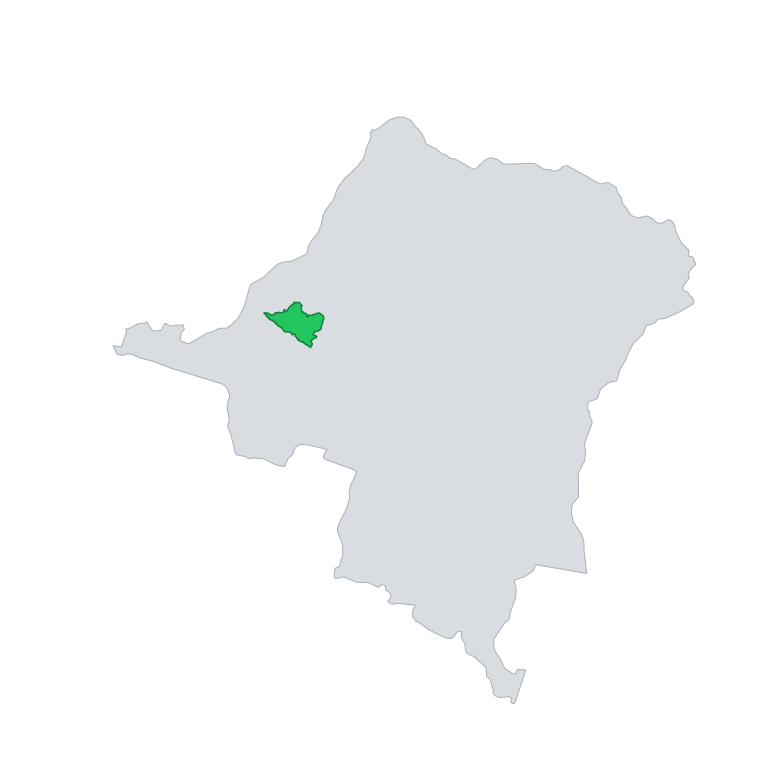 Kutu, Bandundu, Democratic Republic of the Congo (highlighted), rotated 18°
{"feature_id": "63176286B54443714119434", "entity_name": "Kutu", "entity_type": "district", "adm_level": 2, "iso_a3": "COD", "parent_name": "Democratic Republic of the Congo", "parent_adm1": "Bandundu", "projection": "albers", "projection_center": [18.108, -2.975], "detail": "fine", "context": "in_parent", "style": "filled", "palette": "green", "viewbox_px": 768, "rotation_deg": 18, "n_neighbors": 0, "source": "geoboundaries", "source_scale": "gbopen_adm2", "svg_char_len": 9136}
<svg xmlns="http://www.w3.org/2000/svg" viewBox="0 0 768 768"><g transform="rotate(18 384 384)"><path d="M635.3,501.5L583.2,509.1L584.2,512.1L583.7,515.2L582.3,517.6L577.0,524.0L569.0,529.8L569.0,531.2L572.9,537.8L575.3,546.9L574.5,562.7L575.6,567.0L575.3,570.3L572.6,574.0L567.2,593.0L570.7,602.2L580.9,610.9L586.8,617.4L596.9,619.8L598.5,619.4L599.2,614.1L607.3,612.2L607.0,646.0L606.3,647.9L604.9,648.3L602.9,647.2L602.3,643.9L600.2,642.5L590.3,646.6L587.8,646.5L585.1,645.7L583.1,644.0L582.6,641.4L575.7,631.5L572.3,630.8L568.5,621.9L553.0,615.3L547.1,614.7L544.0,612.7L541.0,605.7L535.8,601.1L534.7,596.1L533.7,595.4L530.5,596.4L527.7,604.3L524.2,606.1L517.8,606.2L501.9,603.8L490.5,599.7L487.6,599.9L483.0,596.3L481.2,590.2L482.3,585.5L481.4,584.8L464.0,588.6L459.8,591.0L455.9,590.3L454.7,589.1L456.4,585.8L455.6,582.3L454.3,580.7L449.2,579.4L447.6,575.6L444.4,575.0L443.4,575.6L442.6,578.1L440.7,579.0L430.4,577.7L419.5,581.0L405.1,580.0L398.2,584.0L397.1,583.8L395.7,581.8L394.4,575.4L395.1,573.6L397.2,572.4L398.0,569.8L397.3,563.1L397.9,561.5L397.1,557.7L395.0,551.5L392.0,546.5L385.5,539.0L384.3,535.5L384.8,527.0L386.9,513.7L386.7,503.8L384.1,497.3L383.5,490.4L385.3,477.9L383.6,474.9L350.6,473.8L349.2,472.8L348.6,471.1L350.1,463.7L330.0,465.5L324.0,466.9L320.3,469.9L319.0,473.8L318.9,479.2L315.9,484.3L315.0,493.1L309.4,494.1L303.9,494.1L293.2,492.2L282.7,494.7L277.6,497.0L274.9,495.9L265.6,496.8L264.3,496.1L253.6,478.9L248.8,473.1L247.9,470.3L248.3,467.6L247.0,464.0L242.0,455.1L241.1,451.0L241.3,444.5L240.7,442.3L236.2,436.7L233.2,434.9L230.0,433.9L176.0,434.8L158.2,433.8L145.2,434.6L138.6,434.2L136.8,433.4L130.8,434.6L127.7,436.9L123.1,438.2L120.2,437.7L114.6,431.3L122.2,430.1L122.7,429.5L123.2,414.0L121.2,411.9L125.2,409.2L131.8,402.4L138.2,399.9L139.0,398.5L140.4,398.6L142.7,401.4L148.2,405.1L155.1,401.8L155.8,400.9L156.7,394.3L158.4,393.7L161.4,395.1L163.0,395.1L166.0,393.2L174.8,389.8L177.3,394.1L175.0,397.9L176.0,400.6L176.3,404.9L177.7,405.8L184.7,406.3L186.7,405.2L200.4,390.0L203.9,388.2L209.7,382.2L217.4,379.4L220.7,374.7L225.1,366.1L227.1,353.9L226.3,332.7L227.0,329.8L236.1,320.2L245.7,302.9L252.1,298.3L257.0,296.5L264.4,290.1L270.3,283.8L269.5,276.1L270.9,269.8L274.2,261.7L275.2,253.1L274.1,244.1L274.6,236.8L279.0,225.0L279.4,211.6L283.3,200.3L291.2,185.9L295.0,175.3L294.3,164.8L295.3,157.0L294.9,152.5L293.4,148.5L294.2,146.0L297.2,145.0L300.9,141.1L307.7,130.8L314.9,125.8L320.0,124.2L325.2,124.4L328.6,125.3L334.2,129.3L340.6,132.6L345.3,136.6L350.0,142.9L361.2,144.3L366.1,146.6L369.0,147.4L370.1,146.8L372.4,147.2L377.7,149.0L382.0,148.0L402.8,152.2L405.2,150.2L411.1,139.4L415.5,135.8L422.6,135.4L428.2,137.5L431.2,137.5L456.8,128.4L460.2,128.0L469.5,130.3L475.6,128.8L478.0,129.3L483.3,127.7L487.6,121.3L491.1,119.7L527.9,127.0L533.6,123.6L536.3,123.2L544.5,125.8L546.9,129.8L551.8,133.2L555.3,138.9L560.7,142.1L563.5,145.1L566.7,147.2L573.4,148.0L581.9,143.0L587.9,143.6L593.9,146.4L596.0,146.4L600.6,143.4L603.0,140.3L605.4,139.6L608.9,141.0L611.8,144.0L614.3,148.4L623.4,158.1L632.3,162.3L634.4,168.3L637.7,167.8L639.3,168.3L641.5,172.1L643.1,172.9L643.4,174.4L641.2,178.0L639.0,184.7L641.7,188.9L639.3,194.9L638.1,201.2L640.9,202.7L644.7,202.7L648.1,206.0L650.7,206.5L653.4,210.0L652.8,212.9L643.9,223.0L630.6,235.3L626.1,236.8L623.8,239.1L622.2,242.7L618.3,245.8L615.3,247.0L615.0,256.0L610.5,265.3L608.7,267.2L606.2,282.4L606.6,285.1L604.0,297.5L604.3,309.1L597.9,312.7L593.5,318.4L591.5,322.3L591.5,331.8L584.3,337.5L583.7,338.8L585.5,345.5L588.1,346.6L588.1,348.8L593.9,356.1L593.3,378.1L593.6,380.3L596.6,385.5L598.5,395.5L596.2,408.2L603.9,431.5L600.2,440.0L601.9,448.2L606.5,456.8L617.6,465.3L620.5,468.8L623.3,473.5L625.8,480.8L635.3,501.5Z" fill="#d9dde1" stroke="#a8b0b8" stroke-width="1"/><path d="M301.6,371.6L301.8,371.6L302.3,371.6L302.8,371.9L303.0,371.2L303.3,370.3L303.4,370.0L303.5,369.8L303.4,369.6L303.1,369.0L303.1,368.8L303.5,368.4L303.4,368.0L303.2,367.8L303.0,367.6L302.8,367.2L302.3,366.9L301.8,366.3L301.5,365.6L301.5,365.2L301.9,364.2L302.3,363.7L303.0,363.0L303.2,362.7L303.3,362.5L303.6,362.1L304.2,361.5L304.6,361.2L305.3,360.7L305.4,360.2L305.4,359.9L305.3,359.7L304.9,359.7L304.3,359.3L304.1,359.0L303.3,359.1L303.1,359.2L302.9,359.3L302.5,359.5L302.3,359.3L302.0,359.3L301.8,359.2L301.5,358.8L301.4,358.5L301.4,358.3L301.3,358.2L301.2,358.2L301.3,357.7L301.9,356.7L302.1,356.4L302.4,355.3L302.6,355.1L302.7,354.9L303.1,354.7L303.7,354.5L304.4,354.2L304.6,354.2L305.0,354.0L305.2,353.9L305.4,353.0L305.5,352.9L306.0,352.6L306.4,352.3L306.6,352.0L306.9,351.5L307.0,350.7L307.0,350.1L306.9,349.6L306.7,348.4L306.4,346.4L306.8,345.7L306.8,345.4L306.7,344.7L306.7,344.3L306.4,343.3L306.3,342.9L306.3,341.9L306.5,341.3L306.7,340.7L306.5,340.3L306.2,339.6L305.9,338.8L305.8,338.7L305.6,338.5L304.9,338.3L304.7,337.8L304.5,337.6L304.3,337.6L304.1,337.6L303.6,337.6L303.3,337.5L303.1,337.2L302.2,337.1L301.9,336.9L301.6,336.8L300.7,336.6L300.4,336.5L300.0,336.8L299.9,336.9L299.7,336.9L299.1,337.0L298.7,337.3L298.1,337.7L297.8,337.9L297.2,338.6L296.5,339.5L296.2,339.6L295.9,339.5L295.6,339.5L295.3,339.6L295.0,340.0L294.7,340.4L294.1,340.9L294.0,341.1L293.8,341.3L293.6,341.4L293.2,341.5L292.9,341.5L292.5,341.3L292.3,341.3L291.3,341.8L291.0,342.1L290.9,342.2L290.8,342.4L291.1,343.1L291.0,343.3L290.3,343.8L290.1,343.9L289.9,343.8L289.6,343.5L289.4,343.1L289.2,342.5L289.0,341.4L288.9,341.3L288.7,341.2L286.9,341.1L286.6,341.1L285.6,341.1L285.3,341.3L284.9,341.3L284.8,341.2L284.8,340.6L284.7,340.4L284.1,340.3L283.4,340.3L283.2,340.1L282.7,339.1L282.4,338.4L281.6,336.4L281.5,335.6L281.6,335.4L281.8,335.3L281.8,335.1L281.6,334.8L281.2,334.3L280.9,334.3L280.5,334.3L280.3,334.2L279.7,333.4L278.7,332.9L277.9,332.6L277.5,332.6L277.2,333.0L276.9,333.2L276.3,333.3L275.9,333.4L275.8,333.7L275.7,333.8L275.3,333.9L275.1,333.8L274.9,333.8L274.5,334.1L274.2,334.1L273.4,333.9L273.3,334.1L273.3,334.9L273.2,335.4L273.2,335.6L273.3,336.0L273.1,336.1L272.8,336.4L272.6,336.4L272.2,336.7L272.1,337.1L271.9,337.3L271.9,337.8L271.9,338.1L271.7,338.4L271.3,338.5L270.9,338.9L270.7,339.0L270.6,339.5L269.9,341.3L269.6,342.7L269.5,343.1L269.0,343.5L269.2,344.4L269.3,344.7L269.2,344.9L269.0,345.1L268.6,345.3L268.3,345.3L268.1,345.2L267.8,345.1L267.6,344.9L267.1,344.2L266.1,344.3L265.9,344.4L265.9,344.8L266.1,345.4L266.3,345.9L266.3,346.1L266.0,346.7L265.2,347.6L264.1,347.9L263.8,348.1L263.2,348.3L262.8,348.4L262.7,348.4L262.3,348.1L262.2,348.2L262.0,348.6L261.9,348.7L261.1,349.0L260.9,349.0L260.5,349.0L260.2,349.1L259.9,349.5L259.7,349.6L259.3,349.7L258.9,349.7L258.8,349.8L258.6,350.0L258.5,350.7L258.4,351.0L257.9,351.5L257.2,352.4L257.0,352.6L256.2,353.1L255.5,353.0L255.2,353.1L254.9,353.2L254.7,353.3L254.4,353.4L254.2,353.4L253.6,352.9L253.1,352.7L252.1,352.4L251.9,352.4L251.3,352.7L251.1,352.8L250.9,352.8L250.3,352.9L249.6,352.9L248.6,353.3L248.4,353.3L248.1,353.5L248.4,353.7L248.9,353.7L249.1,353.8L249.2,354.0L249.3,354.2L249.5,354.5L249.8,354.5L249.9,354.4L250.1,354.6L250.3,354.8L250.4,355.0L250.5,355.1L250.8,355.3L251.1,355.5L251.4,355.8L251.9,355.9L252.0,356.1L252.4,356.4L252.5,356.5L252.8,356.7L253.0,356.7L253.4,356.4L253.8,356.7L254.0,356.9L254.2,357.0L254.4,357.2L254.2,357.2L254.2,357.3L254.6,357.4L255.4,357.9L255.6,357.9L255.9,358.0L257.1,358.0L257.5,358.1L257.8,358.0L258.2,358.2L258.4,358.2L258.5,358.2L258.7,358.3L258.8,358.4L259.1,358.6L259.5,358.6L259.7,358.4L260.2,358.5L260.3,358.6L260.5,358.9L260.6,359.0L261.0,359.0L261.3,359.1L261.3,359.4L261.4,359.5L261.6,359.7L262.2,359.9L262.5,360.0L262.8,360.2L263.0,360.2L263.3,360.0L264.0,360.4L264.9,361.3L265.3,361.5L265.7,361.6L266.0,361.6L266.5,361.4L266.8,361.4L267.0,361.5L267.4,361.8L267.7,361.8L267.8,361.8L268.3,362.3L268.5,362.3L268.7,362.2L268.9,362.0L269.0,362.0L269.4,362.1L269.6,362.3L270.0,362.7L270.3,363.0L270.5,363.2L271.7,363.8L272.2,363.9L272.3,364.0L272.5,364.5L272.6,364.8L273.0,365.0L273.4,364.9L273.7,364.7L273.9,364.7L274.6,364.6L275.0,364.6L275.3,364.6L275.6,364.4L276.0,364.3L276.4,364.0L277.1,363.8L277.3,363.9L277.7,363.9L278.3,363.7L278.6,363.6L279.3,363.8L279.7,364.4L280.0,364.4L280.4,364.3L281.2,365.3L281.6,365.6L281.8,365.6L282.0,365.4L282.2,365.0L282.2,364.9L282.4,364.8L282.6,364.8L282.8,364.7L283.0,364.4L283.4,364.4L283.7,364.4L284.2,364.3L284.3,364.4L284.4,364.7L284.5,364.9L284.7,365.0L284.9,365.1L285.1,365.6L285.0,365.9L285.3,365.9L285.6,366.2L285.8,366.2L286.0,366.3L286.1,366.6L286.4,366.8L287.0,367.1L287.1,367.5L287.4,367.6L287.6,368.0L288.4,368.2L288.5,368.1L288.5,368.3L288.4,368.3L288.5,368.4L288.7,368.2L289.0,368.2L289.3,368.6L289.7,368.8L289.7,369.0L289.8,369.0L290.0,368.9L290.4,369.1L290.6,369.1L290.9,369.3L291.1,369.2L291.5,369.2L291.7,369.3L292.1,369.3L292.4,369.5L292.6,369.5L292.8,369.3L292.9,369.5L293.3,369.5L293.7,369.0L293.9,369.0L294.4,369.1L294.7,369.4L294.8,369.5L295.1,369.6L295.4,369.9L295.6,369.8L295.9,369.8L296.1,369.9L296.3,370.2L296.6,370.2L297.4,370.6L297.5,370.6L297.7,370.4L297.8,370.3L298.1,370.5L298.3,370.6L298.9,370.6L299.1,370.6L299.4,371.0L299.5,371.0L299.9,371.1L300.0,371.2L300.3,371.3L300.7,371.3L300.8,371.4L301.2,371.4L301.6,371.6Z" fill="#22c55e" stroke="#15803d" stroke-width="1.5"/></g></svg>